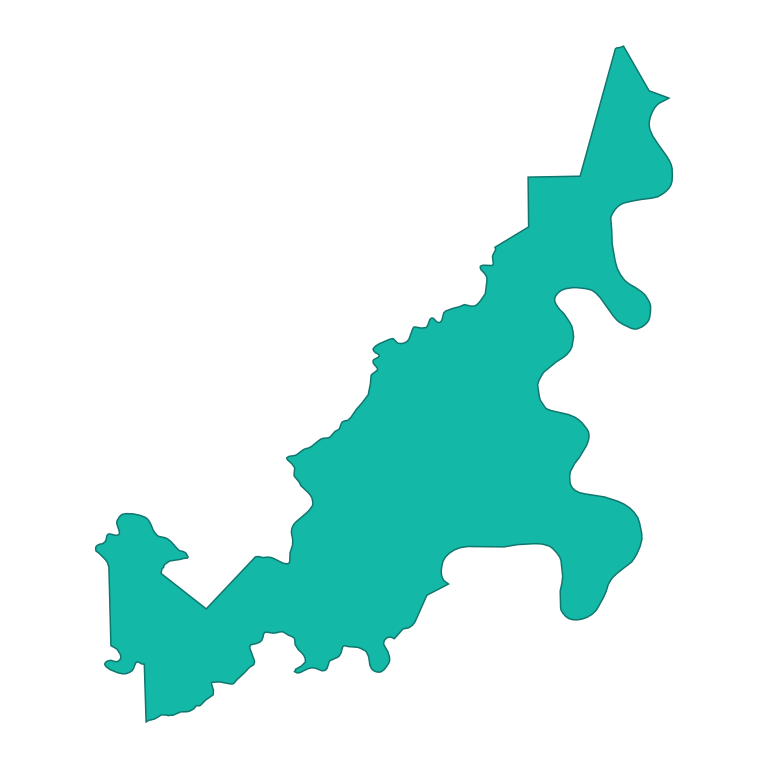 the district of La Lima, Cortés, Honduras
{"feature_id": "27666195B9619051731773", "entity_name": "La Lima", "entity_type": "district", "adm_level": 2, "iso_a3": "HND", "parent_name": "Honduras", "parent_adm1": "Cortés", "projection": "albers", "projection_center": [-87.885, 15.503], "detail": "fine", "context": "isolated", "style": "filled", "palette": "teal", "viewbox_px": 768, "rotation_deg": 0, "n_neighbors": 0, "source": "geoboundaries", "source_scale": "gbopen_adm2", "svg_char_len": 6120}
<svg xmlns="http://www.w3.org/2000/svg" viewBox="0 0 768 768"><path d="M110.9,645.6L116.9,649.0L120.2,654.2L121.0,657.1L120.0,659.7L117.9,661.4L115.7,661.7L110.6,660.3L107.5,661.0L105.4,662.5L104.7,664.1L105.4,665.8L107.2,667.6L110.5,669.8L117.9,672.8L122.5,673.8L125.7,673.8L129.5,672.4L132.1,670.7L133.4,668.7L135.5,663.4L136.6,662.1L138.2,662.0L141.6,663.9L144.3,664.2L146.1,721.9L148.9,720.2L150.8,720.0L154.8,718.9L161.4,714.9L165.3,714.9L168.4,715.6L171.7,715.1L172.9,715.3L180.6,711.9L187.0,711.7L188.9,711.4L191.4,710.3L194.1,708.5L196.3,705.7L199.2,705.8L200.5,705.3L205.7,700.0L213.2,694.8L213.5,690.5L211.5,683.7L211.6,682.8L212.2,682.3L219.6,681.9L230.1,683.9L232.6,683.9L234.1,683.1L236.7,679.9L243.9,673.3L249.4,667.4L253.7,664.7L254.6,662.0L254.2,660.1L249.6,647.6L250.7,644.8L256.6,643.5L259.4,642.4L261.6,640.6L263.0,637.2L263.6,634.2L264.6,632.5L266.3,632.1L272.7,633.1L275.4,633.0L280.0,631.9L282.2,631.8L283.7,632.2L288.6,635.3L291.2,636.2L293.9,637.8L294.7,639.3L295.1,644.4L295.9,645.9L298.5,649.9L301.3,652.4L303.8,655.4L305.2,658.4L305.4,662.0L301.3,666.1L295.5,669.3L295.4,670.3L294.5,671.6L297.3,673.0L300.2,672.5L307.7,668.8L311.0,667.9L315.0,668.0L321.7,670.7L323.8,670.7L325.3,670.2L326.5,669.2L327.3,667.8L328.9,662.5L329.8,660.8L337.5,657.3L339.1,656.2L341.0,653.0L342.7,646.8L343.7,646.0L345.1,645.7L348.4,646.6L357.7,647.3L360.2,648.2L365.2,650.8L366.5,652.1L368.2,655.6L368.8,657.5L369.9,665.2L371.7,669.0L373.8,670.8L376.5,671.9L379.6,672.2L381.7,671.5L384.3,669.4L387.1,665.8L389.1,662.4L389.7,660.1L389.4,656.7L387.9,651.8L383.8,644.6L383.7,642.4L384.7,640.0L386.6,638.0L389.1,637.1L391.6,637.3L394.3,638.7L402.9,629.0L409.0,627.7L412.5,625.2L414.9,622.1L426.9,595.2L448.5,584.0L444.1,580.8L442.6,578.3L441.7,575.6L441.3,572.9L441.3,569.9L442.0,565.3L443.0,561.3L445.2,557.3L449.4,553.1L454.4,549.9L460.4,547.6L467.8,546.5L503.9,546.9L517.9,544.6L533.7,543.7L539.1,543.8L542.8,544.2L549.4,546.1L552.7,548.5L556.9,553.0L559.8,557.3L561.0,560.6L562.7,576.3L561.9,583.3L560.2,591.0L560.6,607.7L561.1,610.2L562.9,613.2L565.7,616.4L568.9,618.6L572.8,619.7L576.9,619.9L581.8,619.1L586.4,617.6L591.8,614.5L595.5,611.1L597.6,608.1L603.6,597.2L606.2,591.3L608.2,584.6L611.1,579.5L613.2,577.0L617.5,572.9L631.6,562.0L634.1,558.6L637.1,553.4L640.2,546.2L641.9,539.3L641.7,533.5L639.7,523.5L637.9,517.8L634.2,512.4L630.0,508.2L624.0,504.1L618.0,501.3L604.3,496.9L585.0,493.9L579.3,492.6L574.9,490.3L572.1,487.5L570.6,484.7L569.9,481.3L569.7,476.5L570.3,471.7L574.8,463.3L579.2,457.7L586.5,445.6L588.1,441.2L589.0,437.5L589.0,434.6L588.4,431.6L586.5,428.4L581.8,422.5L578.2,419.4L574.8,417.2L568.9,414.7L551.2,410.6L547.7,409.3L545.5,408.0L540.4,400.4L539.4,397.0L537.6,384.8L539.1,380.0L542.4,374.1L544.0,372.0L556.1,362.0L563.0,357.6L566.6,354.8L570.2,350.4L572.0,346.6L573.6,336.9L572.9,331.0L571.8,326.3L569.8,322.4L564.8,314.9L563.0,312.7L560.2,310.1L557.6,306.7L555.8,303.8L554.7,301.1L554.7,298.4L555.7,295.9L557.8,293.2L560.9,290.6L563.9,289.3L566.9,288.5L572.3,287.7L576.4,287.6L585.5,288.6L589.9,289.6L592.3,290.5L595.8,293.0L600.2,297.6L613.2,315.9L616.9,320.1L618.9,321.9L623.2,324.5L631.4,328.4L634.1,329.0L636.8,329.0L641.8,327.0L644.7,325.0L647.0,322.7L648.7,320.3L649.6,317.8L650.5,311.7L650.6,305.8L649.4,302.1L646.8,297.5L644.7,294.6L641.3,291.6L635.8,287.8L628.9,283.8L624.6,280.3L620.5,274.8L617.2,268.4L615.2,261.1L612.2,244.1L611.7,229.6L610.7,217.6L612.4,213.6L615.4,209.1L618.1,206.3L621.4,204.1L624.4,202.9L631.5,201.2L641.0,199.5L651.4,198.2L657.7,196.8L662.7,193.9L665.9,191.4L668.9,188.3L670.9,185.1L672.0,181.4L672.4,175.9L672.1,168.3L671.1,164.5L669.4,160.7L666.6,156.0L658.5,144.8L652.7,136.0L649.9,129.6L649.1,124.6L649.5,120.5L650.5,116.5L652.6,111.3L654.8,107.6L657.3,104.7L659.4,103.1L668.9,98.1L649.1,90.8L623.5,46.1L620.5,47.4L616.5,48.0L615.4,48.8L580.1,176.2L528.1,177.1L528.6,226.9L494.9,247.3L495.7,249.1L495.6,249.8L493.1,254.5L492.5,256.5L493.3,263.8L492.7,265.1L491.5,265.5L483.5,265.2L481.5,265.6L480.4,266.3L480.2,267.7L481.0,269.7L484.8,273.8L486.3,276.1L486.8,277.8L487.0,279.9L485.3,293.7L480.0,301.4L477.1,304.6L474.6,306.0L471.4,306.2L464.4,304.6L459.1,306.8L452.8,308.4L445.7,311.0L443.8,312.8L442.0,319.7L441.1,321.4L439.8,322.4L438.5,322.5L436.9,322.0L433.4,318.3L431.7,318.0L430.0,319.2L427.7,325.3L426.3,327.5L421.5,328.1L415.2,327.0L413.8,327.1L412.8,328.6L409.0,339.0L407.2,341.3L404.6,342.9L401.2,343.6L397.7,343.2L393.4,338.8L392.3,338.6L389.3,339.4L379.6,343.6L375.9,345.8L373.6,348.2L373.1,349.1L373.2,349.9L374.0,351.3L375.8,353.0L378.6,354.3L379.3,355.8L378.4,357.1L373.8,359.6L373.1,360.6L373.0,361.7L373.5,363.6L377.2,367.9L377.6,369.6L376.5,370.9L371.9,374.3L371.1,375.4L370.4,383.7L368.2,394.8L362.2,402.7L356.4,409.3L350.9,417.4L348.0,420.2L344.7,420.9L342.4,421.8L341.4,423.3L339.4,428.8L337.3,430.3L335.1,431.3L329.8,437.3L327.8,437.9L323.4,438.3L321.2,438.9L318.7,440.6L311.3,446.6L308.3,448.1L305.5,448.7L303.3,449.7L296.7,454.7L294.7,455.5L288.9,456.4L286.9,457.7L286.8,458.6L287.6,459.9L292.0,463.9L294.7,467.8L294.0,474.8L294.4,476.3L299.3,482.3L300.8,485.6L308.3,492.7L310.6,495.5L312.2,498.7L312.8,502.7L312.8,504.4L312.3,505.9L309.1,510.4L305.3,514.0L296.4,521.5L293.9,524.2L292.4,527.0L291.6,529.6L291.4,532.8L292.7,539.5L292.6,544.9L290.0,553.0L289.8,561.0L289.2,562.9L288.4,563.5L287.1,563.8L283.3,563.3L272.9,558.1L270.0,557.3L267.5,557.1L263.1,557.6L258.2,556.5L255.4,556.9L206.2,608.9L161.0,573.4L162.0,568.9L162.4,568.2L163.5,567.7L163.8,566.1L164.9,564.3L169.7,561.0L180.7,559.3L183.8,558.4L187.4,558.1L188.0,557.4L187.9,556.6L186.0,553.2L183.3,551.5L179.9,550.8L178.2,549.7L171.0,541.6L167.7,539.0L165.0,537.7L158.7,536.4L157.3,535.5L155.3,533.3L153.3,530.4L150.5,523.6L149.0,521.0L147.3,518.9L145.2,517.3L140.3,515.4L133.4,513.9L126.1,513.6L122.1,514.4L119.7,516.4L117.3,520.3L116.8,521.9L116.8,523.7L119.3,531.5L119.5,533.2L119.2,534.2L117.9,535.0L115.9,535.4L109.8,533.9L108.2,534.1L106.9,535.6L106.0,540.0L104.9,541.9L102.6,543.7L99.4,544.3L97.3,545.3L96.0,546.7L95.6,548.6L96.0,551.0L99.2,553.4L105.3,559.5L107.5,562.6L108.9,567.2L110.9,645.6Z" fill="#14b8a6" stroke="#0f766e" stroke-width="1.5"/></svg>